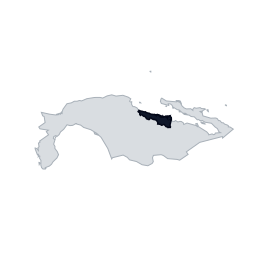 Sinaloa highlighted on a map of Mexico, rotated 145°
{"feature_id": "MEX-2711", "entity_name": "Sinaloa", "entity_type": "State", "adm_level": 1, "iso_a3": "MEX", "parent_name": "Mexico", "parent_adm1": "", "projection": "robinson", "projection_center": [-107.612, 24.763], "detail": "fine", "context": "in_parent", "style": "filled", "palette": "ink", "viewbox_px": 256, "rotation_deg": 145, "n_neighbors": 0, "source": "natural_earth", "source_scale": "10m", "svg_char_len": 7680}
<svg xmlns="http://www.w3.org/2000/svg" viewBox="0 0 256 256"><g transform="rotate(145 128 128)"><path d="M42.4,66.7L56.3,65.5L55.6,66.9L77.5,75.1L93.9,75.0L93.9,71.9L104.1,72.0L105.9,74.2L113.1,80.2L114.8,85.2L116.1,87.1L122.9,91.0L125.0,89.6L126.6,85.9L128.6,85.1L133.4,85.7L137.5,89.8L140.3,95.7L145.0,101.0L145.4,104.4L147.5,108.6L157.8,112.6L159.1,112.0L156.3,122.8L155.4,135.7L156.0,138.5L158.7,142.2L158.2,144.2L158.3,142.2L156.0,139.0L156.8,141.9L159.5,148.0L164.0,153.9L165.1,157.5L168.2,161.2L167.3,161.1L169.1,162.0L168.5,161.5L171.8,161.9L174.1,163.2L176.1,165.6L181.5,163.8L185.5,163.5L188.2,162.1L190.9,161.8L191.5,162.4L191.3,163.1L193.6,163.6L195.1,162.4L194.7,160.5L193.9,161.0L194.1,160.6L198.2,157.4L198.4,154.8L199.6,153.3L199.5,149.2L200.2,146.0L203.4,144.2L208.9,143.3L211.4,142.2L214.1,141.9L218.6,143.0L219.0,142.3L217.8,142.3L219.3,141.8L221.2,143.2L221.5,145.1L220.7,147.6L217.9,151.4L217.8,153.9L216.4,155.5L216.7,156.1L218.0,155.9L216.6,157.4L216.7,158.1L217.6,157.9L216.0,164.3L215.5,164.9L214.5,163.4L214.3,161.0L213.0,163.5L211.6,163.7L210.0,167.0L208.1,166.9L207.9,168.0L197.0,168.0L197.0,171.9L194.5,171.9L200.6,177.8L200.5,180.0L192.8,180.0L190.1,185.5L190.9,186.9L190.0,190.5L184.3,184.3L179.7,180.1L176.9,178.6L176.6,179.0L179.2,180.4L175.2,179.1L175.4,178.1L174.4,178.5L173.7,177.6L173.0,178.6L174.3,179.1L172.3,179.3L170.4,180.7L164.1,182.9L160.0,181.1L156.6,180.7L154.3,179.1L152.0,178.4L150.5,176.8L144.9,175.6L137.9,172.2L133.4,169.1L131.5,167.0L126.8,166.3L122.3,164.5L119.5,161.0L113.4,157.7L110.1,153.1L109.0,150.3L111.4,149.0L111.0,147.8L109.9,147.4L111.5,145.3L111.7,142.7L110.4,141.8L109.1,139.3L109.1,137.0L108.2,134.9L104.6,131.0L101.4,126.3L96.5,122.2L97.9,123.0L98.0,122.1L95.4,121.2L93.4,118.0L94.8,118.1L91.0,115.9L90.4,114.9L89.0,115.3L88.8,114.8L89.9,113.5L88.0,114.5L86.9,113.6L86.7,111.5L88.0,109.6L88.5,110.0L87.6,108.0L86.4,106.8L84.8,106.9L83.7,104.3L81.7,103.7L80.5,102.6L79.7,100.3L80.3,98.9L76.8,98.2L70.8,90.9L70.4,89.2L69.5,88.7L65.7,79.7L65.4,77.0L65.8,76.1L62.5,74.9L61.7,73.4L60.6,73.0L59.4,73.8L54.9,71.1L55.7,72.8L55.1,76.2L56.1,78.9L56.9,84.0L61.5,88.5L62.9,91.6L63.6,91.4L64.0,92.3L64.6,92.4L65.3,94.4L66.6,95.0L67.3,99.1L69.7,101.2L70.5,103.5L71.5,104.3L72.4,107.0L73.3,107.7L72.8,105.6L74.1,106.8L75.7,113.1L77.2,114.9L79.2,119.5L78.9,121.4L79.3,123.1L81.1,124.8L81.7,123.1L86.6,129.0L86.2,131.2L84.3,132.9L83.2,133.1L81.1,128.2L73.3,121.6L72.6,121.7L71.0,119.7L70.7,118.3L71.1,115.2L70.5,112.3L69.3,110.2L65.5,107.7L64.8,105.2L64.1,106.2L62.1,106.7L60.7,105.0L57.2,103.3L56.7,101.8L54.0,99.7L53.8,99.0L56.5,99.4L58.1,98.8L58.1,99.5L59.5,100.2L59.0,98.5L58.3,98.4L59.7,95.0L54.6,88.6L50.3,85.8L49.5,84.4L49.6,82.1L48.5,81.3L48.2,78.6L46.9,77.5L46.7,75.9L44.9,73.4L44.5,72.2L45.2,71.4L43.9,70.4L42.4,66.7ZM70.5,91.0L70.1,92.6L68.7,92.1L69.2,89.6L70.1,89.4L70.5,91.0ZM64.9,90.7L63.0,88.9L62.5,87.1L63.5,87.7L63.7,88.7L64.7,89.0L64.9,90.7ZM220.7,150.9L220.2,150.4L220.5,149.6L221.7,149.0L220.7,150.9ZM71.1,121.7L69.7,120.0L70.5,116.6L70.3,119.7L71.1,121.7ZM53.0,97.5L52.0,97.2L52.7,95.4L53.2,96.7L53.0,97.5ZM35.2,91.4L34.3,90.3L34.5,89.8L34.8,89.8L35.2,91.4ZM72.2,121.8L73.1,123.1L71.3,121.8L72.2,121.8ZM104.0,141.9L103.8,142.5L103.4,142.2L103.2,141.3L104.0,141.9ZM79.7,118.3L80.1,119.3L79.1,118.0L79.7,118.3ZM76.3,111.4L76.8,111.9L76.1,112.8L76.3,111.4ZM77.6,161.6L77.3,161.8L76.7,161.4L77.2,160.8L77.6,161.6ZM192.9,161.9L191.9,162.1L193.6,161.5L192.9,161.9ZM84.5,124.2L84.0,124.1L83.9,123.1L84.5,124.2Z" fill="#d9dde1" stroke="#a8b0b8" stroke-width="1"/><path d="M108.6,135.7L108.4,135.5L108.3,135.2L108.1,134.8L107.7,134.3L107.4,133.9L107.0,133.7L106.9,133.6L107.0,133.3L106.9,133.4L106.8,133.5L105.6,132.0L105.4,131.9L104.7,131.1L104.4,131.1L104.4,130.8L104.4,130.7L104.2,130.3L104.1,130.2L103.8,129.5L103.7,129.4L103.3,129.1L103.1,128.8L103.0,128.7L102.8,128.4L102.6,128.2L102.2,128.0L102.2,127.8L102.1,127.5L101.8,127.1L101.8,126.8L101.6,126.5L100.8,125.6L100.5,125.4L100.3,125.3L100.0,124.9L98.8,124.0L98.7,124.0L98.7,123.8L98.6,123.7L98.4,123.6L98.2,123.4L97.8,123.1L96.4,122.2L96.3,121.9L96.4,122.0L97.0,122.4L97.8,122.9L98.1,123.1L97.7,122.9L97.9,122.8L98.1,123.0L98.1,122.9L98.2,122.7L97.9,121.9L97.7,121.8L97.4,122.0L97.5,122.0L97.7,121.9L97.7,122.0L97.3,122.3L97.2,122.2L96.8,122.1L96.7,122.1L96.6,121.9L96.6,121.7L96.4,121.6L96.1,121.4L95.7,121.2L95.8,121.5L96.2,121.7L96.2,121.8L95.6,121.5L95.1,121.0L95.1,120.9L95.0,120.4L94.9,120.2L94.7,120.0L94.9,120.1L95.1,120.2L95.3,120.1L95.2,120.0L95.2,119.9L95.0,119.7L95.1,119.2L95.2,118.9L94.9,118.6L94.9,119.1L94.8,119.7L94.8,119.8L94.7,119.8L94.6,119.7L94.6,119.8L94.3,119.6L94.2,119.4L93.7,118.4L93.6,118.2L93.4,118.0L93.2,117.9L93.4,117.8L93.5,117.9L93.6,118.0L93.9,118.5L94.0,118.7L94.3,118.8L94.3,118.7L94.3,118.4L94.2,118.5L94.1,118.4L94.3,118.2L94.5,118.4L94.8,118.5L95.0,118.6L95.1,118.4L94.5,117.8L94.4,117.7L94.3,117.8L94.2,117.9L94.0,117.7L93.8,117.4L93.7,117.4L93.6,117.5L93.5,117.4L93.4,117.5L93.1,117.5L93.0,117.4L93.0,117.2L93.2,117.3L93.2,117.0L93.2,116.9L93.0,116.7L92.8,117.5L92.7,117.6L92.7,117.1L92.5,116.8L91.8,116.5L91.5,116.2L91.2,116.1L90.8,116.1L91.1,116.0L91.6,116.2L91.4,116.1L91.2,115.9L90.7,115.9L90.6,116.0L90.5,115.8L90.8,115.8L90.7,115.6L90.6,115.3L90.5,114.9L90.4,114.9L90.2,114.8L90.2,114.7L89.8,114.7L89.8,114.8L89.9,115.0L89.8,115.3L89.7,115.4L89.5,115.2L89.2,115.1L89.1,115.3L88.8,115.2L88.5,114.9L88.8,114.6L89.0,114.6L89.2,114.8L89.3,114.8L89.4,114.7L89.7,114.2L89.8,114.1L89.8,113.9L89.9,113.6L90.2,113.3L90.2,113.1L89.8,113.8L89.7,113.8L89.2,114.0L88.9,114.4L88.8,114.5L88.7,114.5L88.4,114.6L88.2,114.1L87.9,114.0L87.7,113.9L87.7,114.0L88.2,114.5L88.3,114.6L88.1,114.6L87.8,114.2L87.6,114.2L87.0,114.2L86.8,114.1L87.1,114.0L87.4,114.0L87.4,113.8L87.5,113.7L87.4,113.5L87.3,113.4L87.1,113.3L86.9,113.4L86.9,113.5L86.8,113.9L86.8,113.5L86.8,113.3L86.7,113.3L86.6,113.2L86.7,112.7L86.7,112.4L86.6,112.1L86.6,111.7L86.9,111.2L87.2,110.8L87.3,110.5L87.5,110.1L87.5,110.3L87.5,110.5L87.7,110.2L87.8,109.9L88.3,109.6L88.2,109.8L88.3,109.9L88.6,110.2L88.6,109.9L88.7,109.7L88.4,109.4L89.8,108.2L92.1,106.2L92.2,105.6L92.4,104.9L92.6,104.6L92.9,104.3L93.0,104.4L93.1,104.5L93.4,104.4L93.5,104.5L93.7,104.8L93.9,105.0L94.2,105.2L94.8,105.3L95.0,105.4L95.0,105.5L95.0,105.9L95.1,106.1L95.6,106.8L95.9,107.1L96.0,107.2L96.1,107.6L96.2,108.8L96.3,110.0L96.4,110.3L96.5,110.4L98.5,110.8L98.9,111.0L99.0,111.1L99.1,111.9L99.3,112.0L99.5,112.6L99.8,112.8L100.1,113.0L100.5,113.6L101.2,114.0L101.4,114.2L101.1,114.5L100.9,114.8L100.6,115.1L100.5,115.4L100.4,115.7L100.3,116.9L100.3,117.3L100.3,117.6L100.6,118.5L100.8,119.1L100.9,119.3L101.2,119.4L101.3,119.5L101.3,119.8L101.4,120.0L101.6,120.0L101.9,120.0L102.1,120.4L102.4,120.6L102.6,120.8L102.6,121.1L102.8,121.3L103.0,121.6L103.2,122.1L103.3,122.4L103.3,122.7L103.3,122.8L103.8,123.3L104.0,123.5L104.5,123.5L104.6,123.4L104.9,123.1L105.1,122.9L105.3,122.8L105.5,122.7L105.8,122.8L106.0,122.9L106.6,123.5L107.1,124.6L107.2,125.0L107.3,125.1L107.5,125.1L107.4,125.9L107.4,126.1L107.4,126.4L107.5,127.4L107.6,127.5L107.7,127.9L107.8,128.2L107.9,128.3L108.1,128.5L108.3,128.5L108.6,129.0L108.6,129.3L108.7,129.5L108.8,130.0L108.8,130.3L109.1,130.6L109.2,130.8L109.6,131.2L109.8,131.3L110.1,131.4L110.6,131.3L110.6,132.1L110.3,132.1L110.2,132.2L110.1,132.4L110.1,132.5L110.2,132.9L110.1,133.1L109.8,133.4L109.6,133.6L109.5,133.8L109.5,134.0L109.8,134.4L110.0,134.5L110.1,134.8L110.3,135.4L110.3,135.7L110.1,135.8L109.9,135.8L109.7,135.8L109.4,135.5L109.3,135.4L108.9,135.5L109.0,135.9L109.0,136.0L108.9,136.1L108.6,135.7ZM89.8,115.5L90.2,115.7L90.4,115.9L90.3,116.0L89.9,115.8L89.7,115.7L89.2,115.6L89.8,115.5Z" fill="#0f172a" stroke="#020617" stroke-width="1.5"/></g></svg>